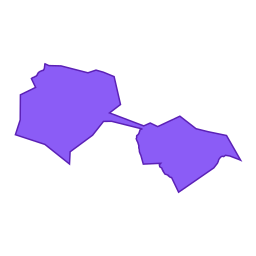 the district of Yeso'nbulag, Govi-Altay, Mongolia
{"feature_id": "93677404B66011642524046", "entity_name": "Yeso'nbulag", "entity_type": "district", "adm_level": 2, "iso_a3": "MNG", "parent_name": "Mongolia", "parent_adm1": "Govi-Altay", "projection": "mercator", "projection_center": [96.329, 46.208], "detail": "fine", "context": "isolated", "style": "filled", "palette": "violet", "viewbox_px": 256, "rotation_deg": 0, "n_neighbors": 0, "source": "geoboundaries", "source_scale": "gbopen_adm2", "svg_char_len": 1924}
<svg xmlns="http://www.w3.org/2000/svg" viewBox="0 0 256 256"><path d="M240.6,160.2L226.5,135.5L208.1,131.7L196.0,128.7L179.9,116.2L157.7,126.6L150.2,123.0L143.7,125.9L109.5,112.9L120.5,104.5L114.1,76.6L103.4,72.2L96.0,70.1L87.9,72.8L61.0,65.9L48.9,65.6L45.0,63.8L44.8,64.2L44.8,64.9L44.7,65.8L44.5,67.0L44.5,67.5L44.4,68.0L44.3,68.4L44.2,68.8L44.0,69.2L43.9,69.3L43.8,69.7L43.6,69.9L43.4,70.2L43.2,70.2L43.1,70.4L42.5,70.5L42.3,70.5L42.0,70.6L41.8,70.7L41.2,71.0L40.8,71.1L40.2,71.3L39.8,71.7L39.1,72.0L38.0,73.1L38.0,73.3L37.8,73.6L37.7,73.7L37.6,73.9L37.5,74.1L37.5,74.3L37.3,74.4L37.2,74.6L37.2,74.9L37.1,75.0L37.0,75.3L36.8,75.4L36.7,75.5L36.4,75.9L36.2,76.1L35.9,76.2L35.6,76.3L35.2,76.4L35.1,76.5L34.7,76.9L34.6,77.0L34.3,77.0L34.1,77.1L33.9,77.2L33.7,77.3L32.8,77.6L32.1,78.0L31.4,78.6L35.6,87.4L20.4,94.8L20.2,119.9L15.4,134.7L44.9,144.4L69.5,164.0L70.1,151.8L92.6,135.2L103.5,121.4L111.6,121.3L142.4,129.0L140.8,129.3L140.2,129.6L140.0,130.0L139.6,131.3L139.3,132.2L138.9,133.4L138.1,134.6L137.3,135.2L136.8,135.6L136.6,136.3L136.7,136.9L136.7,137.5L136.5,138.1L136.2,138.6L136.3,139.0L136.9,140.6L137.8,142.4L138.2,143.8L138.8,145.6L138.8,147.8L139.3,149.8L139.4,151.8L140.4,154.4L140.8,155.1L143.3,164.1L160.7,163.3L159.3,164.9L159.5,165.4L159.6,165.8L159.7,166.5L160.0,167.0L160.9,167.6L161.6,167.9L161.9,168.4L162.0,168.8L162.2,169.6L162.4,169.9L162.6,170.1L162.7,170.3L162.9,170.5L162.9,171.0L163.3,171.2L163.5,171.9L164.1,172.7L164.6,173.7L165.0,174.1L165.6,174.3L166.4,174.5L166.9,174.7L167.6,175.1L168.4,175.4L168.5,175.8L168.5,176.0L168.8,176.1L169.0,176.2L169.2,176.4L169.3,176.4L169.5,176.8L170.0,177.0L170.3,177.3L170.9,177.5L171.3,177.4L171.6,177.6L171.8,178.0L178.6,192.2L213.8,167.9L217.4,163.3L218.3,161.2L218.7,159.6L220.2,157.6L221.2,156.7L221.8,156.4L222.6,156.3L223.7,156.6L225.5,155.3L229.8,156.0L239.0,159.5L240.6,160.2L240.6,160.2Z" fill="#8b5cf6" stroke="#5b21b6" stroke-width="1.5"/></svg>